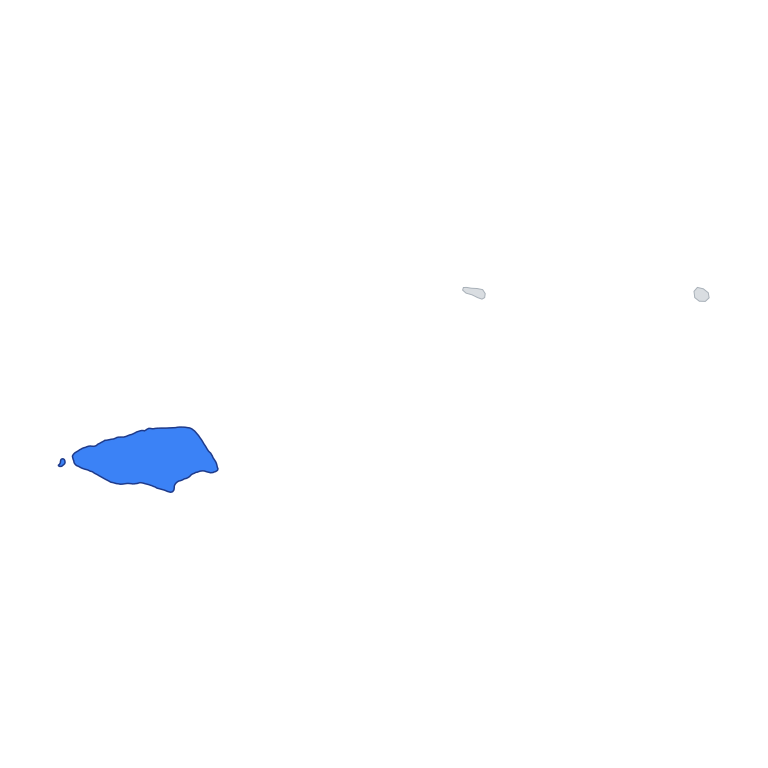 North Maalhosmadulu, Maldives shown in context, rotated 265°
{"feature_id": "70690204B68213949051923", "entity_name": "North Maalhosmadulu", "entity_type": "district", "adm_level": 2, "iso_a3": "MDV", "parent_name": "Maldives", "parent_adm1": "", "projection": "albers", "projection_center": [72.932, 5.655], "detail": "fine", "context": "in_parent", "style": "filled", "palette": "blue", "viewbox_px": 768, "rotation_deg": 265, "n_neighbors": 0, "source": "geoboundaries", "source_scale": "gbopen_adm2", "svg_char_len": 3266}
<svg xmlns="http://www.w3.org/2000/svg" viewBox="0 0 768 768"><g transform="rotate(265 384 384)"><path d="M469.4,490.5L465.2,492.7L461.3,491.8L460.0,489.0L461.9,484.8L465.2,479.4L467.4,473.6L470.7,470.5L473.2,471.5L473.0,474.8L471.8,479.3L471.0,485.1L469.4,490.5ZM446.6,715.0L441.5,715.4L438.3,711.3L439.0,705.3L443.0,701.1L449.3,700.9L452.9,704.6L451.0,710.4L446.6,715.0Z" fill="#d9dde1" stroke="#a8b0b8" stroke-width="1"/><path d="M359.6,149.3L360.1,147.4L360.3,145.9L359.6,144.0L358.7,142.4L358.2,141.1L358.6,140.3L358.8,138.6L358.6,137.0L358.1,134.8L357.8,133.4L357.1,131.9L356.5,130.4L355.7,128.1L355.5,126.5L354.9,124.4L354.3,122.6L353.8,120.1L354.0,118.1L354.1,116.3L354.2,114.9L354.0,113.2L353.5,112.0L352.8,109.8L352.7,107.1L352.5,105.7L352.3,104.0L352.1,102.0L352.3,101.2L351.4,99.5L350.6,97.5L349.6,95.4L349.0,93.7L348.3,92.8L347.6,91.7L347.2,89.8L347.5,87.4L347.8,86.2L347.8,84.6L347.6,83.4L347.3,82.2L346.9,81.1L346.7,79.7L346.2,77.8L345.7,76.9L345.1,75.3L344.5,74.3L343.9,73.2L343.3,71.9L342.4,70.1L341.6,69.1L340.7,68.2L339.3,67.3L337.6,67.5L335.9,67.8L334.4,68.3L333.5,68.3L332.5,68.5L331.6,68.9L330.9,69.4L330.1,70.0L329.3,71.0L328.6,72.5L328.1,73.2L327.4,74.2L326.5,75.7L325.9,77.0L325.4,78.1L325.0,79.2L324.3,81.2L323.4,82.8L322.8,83.7L322.0,86.0L321.4,86.5L320.6,87.5L319.9,88.5L319.3,89.5L318.7,90.5L317.7,91.8L315.6,94.9L313.6,97.8L311.6,101.0L310.0,103.3L309.4,105.4L308.9,106.7L308.1,108.7L307.7,110.9L307.2,112.4L307.1,114.0L307.1,115.2L307.2,116.7L307.3,118.8L307.3,120.2L307.1,121.5L306.9,122.6L306.7,123.7L306.4,124.8L306.3,126.5L306.4,127.9L306.4,129.3L306.7,130.7L307.0,132.1L306.7,134.0L306.2,135.6L305.5,137.3L304.9,139.1L304.1,141.3L303.5,142.5L303.0,143.8L302.3,145.0L301.9,145.8L301.4,147.0L300.1,148.7L299.2,151.2L298.5,153.1L297.5,155.8L296.7,157.4L295.9,158.8L295.5,159.9L294.8,161.8L294.9,163.3L295.3,164.2L296.8,165.5L298.9,166.0L300.6,166.2L302.0,166.9L303.3,168.0L304.5,169.6L305.2,171.0L305.4,172.5L305.8,174.2L306.3,175.5L307.0,177.0L307.1,178.4L307.4,179.5L307.9,180.7L308.7,182.2L309.6,183.2L310.4,184.1L311.1,185.4L311.6,187.2L312.4,189.0L312.4,190.2L312.8,191.6L313.2,193.1L313.3,195.7L313.0,197.5L312.4,198.8L311.8,200.3L311.2,202.2L310.7,203.3L310.7,204.8L310.7,205.9L311.2,207.2L311.4,208.5L312.1,209.9L312.7,210.7L314.0,211.2L315.7,210.7L318.0,210.4L319.6,210.1L321.3,209.5L323.2,208.5L325.6,207.2L327.3,206.7L328.7,206.0L330.2,205.3L331.5,204.1L332.6,203.2L334.9,202.0L337.3,200.9L340.2,199.3L342.4,198.3L344.4,197.3L346.5,196.0L348.9,194.7L350.4,193.6L352.1,192.4L353.6,191.3L354.7,190.1L356.0,188.7L356.8,187.3L357.2,186.5L357.7,184.3L358.2,182.4L358.5,180.5L358.7,178.6L358.9,176.4L358.9,174.3L358.7,172.4L358.8,170.2L358.9,167.8L359.0,165.3L359.1,162.5L359.3,160.3L359.5,158.2L359.6,155.9L359.7,154.2L359.7,152.0L359.5,150.8L359.6,149.3ZM337.4,56.7L337.3,56.2L336.9,55.7L336.3,55.3L335.5,55.1L334.9,54.9L334.3,54.8L333.8,54.7L333.2,54.4L332.8,54.1L332.4,53.8L332.2,53.6L332.0,53.3L331.8,53.0L331.5,52.6L331.0,52.6L330.5,53.1L330.2,53.6L330.1,54.2L330.1,54.7L330.1,55.1L330.1,55.5L330.2,55.9L330.5,56.3L330.8,56.7L331.2,57.3L331.5,57.8L331.9,58.2L332.3,58.8L332.8,59.1L333.6,59.4L334.6,59.4L335.6,59.3L336.6,58.9L337.2,58.2L337.5,57.5L337.4,56.7Z" fill="#3b82f6" stroke="#1e3a8a" stroke-width="1.5"/></g></svg>